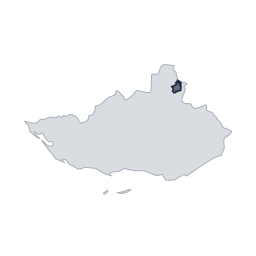 location of Nacaome, Valle, Honduras, rotated 189°
{"feature_id": "27666195B51489907150139", "entity_name": "Nacaome", "entity_type": "district", "adm_level": 2, "iso_a3": "HND", "parent_name": "Honduras", "parent_adm1": "Valle", "projection": "natural_earth1", "projection_center": [-87.534, 13.506], "detail": "fine", "context": "in_parent", "style": "filled", "palette": "slate", "viewbox_px": 256, "rotation_deg": 189, "n_neighbors": 0, "source": "geoboundaries", "source_scale": "gbopen_adm2", "svg_char_len": 5219}
<svg xmlns="http://www.w3.org/2000/svg" viewBox="0 0 256 256"><g transform="rotate(189 128 128)"><path d="M231.1,118.4L222.6,117.8L218.5,119.0L216.8,121.8L215.3,123.0L214.0,122.7L211.4,123.8L207.6,126.2L204.1,127.1L201.0,126.5L200.1,127.1L199.8,127.9L199.4,128.6L198.2,129.0L196.8,128.8L195.2,128.0L194.4,128.3L194.3,129.9L193.5,130.3L191.9,129.6L190.1,130.2L188.1,132.0L185.3,132.4L181.7,131.4L178.9,129.3L176.9,126.3L174.6,125.6L170.4,127.8L168.7,130.4L168.3,132.0L168.7,133.4L168.0,134.4L166.1,134.9L164.6,136.7L163.6,139.7L163.4,142.1L164.0,143.7L163.1,145.0L160.5,145.7L157.6,148.4L154.1,152.9L150.7,156.0L147.3,157.8L145.7,159.8L145.8,161.9L145.6,162.6L145.0,162.9L143.8,163.2L137.3,158.4L135.4,155.2L133.8,155.7L131.7,157.3L128.8,161.0L125.7,166.1L124.2,166.6L116.4,165.9L112.3,166.3L111.5,167.0L111.1,168.8L111.3,171.3L112.5,180.2L113.1,183.9L112.5,185.0L110.4,185.2L107.7,185.7L106.2,187.4L105.8,189.1L105.7,191.5L104.8,194.0L103.2,195.8L101.5,196.4L92.2,196.9L92.4,192.8L89.7,191.1L88.2,187.7L86.9,185.4L87.3,184.0L87.2,182.3L83.4,181.0L79.9,182.0L77.8,181.4L76.4,180.5L78.9,178.5L79.1,177.2L78.3,176.4L77.4,175.8L77.7,173.5L78.2,170.7L79.6,164.4L79.1,163.3L76.8,161.4L73.8,161.2L70.5,161.8L68.9,160.8L67.5,158.6L65.2,157.6L61.0,159.3L56.6,162.0L55.2,162.9L54.1,162.8L53.6,160.8L53.4,158.5L53.1,157.9L50.8,157.1L48.0,156.5L46.6,155.9L45.3,154.3L42.0,152.2L41.3,150.7L36.9,147.3L36.0,145.5L35.0,144.3L32.9,142.7L31.3,143.1L25.7,141.1L24.9,140.9L25.6,139.2L27.4,136.5L31.2,133.5L31.5,131.0L30.6,126.4L29.6,123.4L30.1,122.0L31.3,116.6L32.2,115.3L37.8,112.6L38.3,112.2L42.6,108.4L47.5,104.1L52.5,99.4L58.1,94.1L61.2,91.1L62.6,89.7L65.9,90.8L68.4,88.3L69.9,87.5L73.3,84.5L74.4,83.9L80.1,82.7L82.9,82.7L85.3,85.7L87.2,87.4L90.9,85.9L93.9,85.6L106.5,88.4L111.5,87.2L120.6,86.9L124.8,87.6L130.6,83.6L134.3,82.9L138.7,81.0L138.1,79.1L137.1,78.2L143.8,79.1L153.7,83.1L164.4,82.4L168.2,80.2L170.7,79.6L181.5,83.7L184.4,86.9L186.7,87.2L188.4,86.5L188.9,85.8L186.7,85.1L185.7,84.1L194.3,86.1L210.5,101.1L210.9,102.3L204.0,97.9L200.3,98.2L199.4,99.0L199.6,101.4L199.9,102.5L201.5,102.7L202.6,102.0L205.5,102.8L207.4,104.4L209.7,106.9L211.1,109.6L212.5,109.6L214.0,108.0L216.7,107.8L218.5,109.6L219.8,109.5L218.0,106.7L213.8,103.9L214.8,103.8L224.1,108.8L226.7,115.1L228.9,116.5L231.1,118.4ZM122.6,64.4L117.3,67.5L115.7,67.4L118.1,65.1L122.0,63.0L125.4,62.0L128.1,62.5L122.6,64.4ZM140.8,61.2L138.3,63.4L137.9,62.4L139.1,60.3L140.6,59.1L142.1,59.3L141.7,60.2L140.8,61.2Z" fill="#d9dde1" stroke="#a8b0b8" stroke-width="1"/><path d="M88.2,170.0L87.9,170.0L87.7,170.0L86.8,170.4L86.6,170.5L86.4,171.8L86.3,171.7L86.2,171.7L86.1,171.8L85.9,171.9L85.9,172.0L85.7,172.0L85.6,171.9L85.5,171.6L85.2,171.6L84.6,171.9L83.6,173.1L82.9,172.9L82.2,173.1L81.8,173.4L82.0,173.7L82.0,173.9L81.9,173.9L82.0,175.2L82.1,175.4L82.1,175.5L82.3,175.6L82.2,175.8L82.1,176.0L82.3,176.5L82.2,176.7L82.1,176.9L82.1,177.0L82.1,177.5L82.3,177.9L82.5,178.0L82.5,177.9L82.8,177.9L82.8,178.0L83.1,178.2L83.5,178.1L83.5,178.3L83.3,178.3L83.2,178.5L82.9,178.6L82.8,178.8L82.7,179.0L82.8,179.1L82.9,179.3L82.9,179.6L83.1,179.7L82.9,179.8L82.6,179.7L82.5,179.8L82.5,180.0L83.1,180.2L83.2,180.4L83.3,180.4L83.2,180.1L83.2,179.8L83.2,179.7L83.3,180.1L83.5,180.3L83.4,180.5L83.5,180.6L83.4,180.6L83.5,180.7L83.2,180.8L83.1,181.0L82.9,181.2L82.9,181.3L82.9,181.5L83.0,181.5L83.3,181.2L83.5,181.1L83.8,181.0L84.1,181.1L84.0,180.8L84.1,180.7L84.3,180.7L84.3,180.8L84.3,180.7L84.4,180.8L84.5,180.9L84.4,180.8L84.5,180.8L84.4,180.8L84.4,180.7L84.3,180.8L84.2,180.8L84.3,180.7L84.2,180.7L84.0,180.8L84.2,181.0L83.9,181.2L83.7,181.2L83.9,181.3L84.2,181.3L84.2,181.2L84.4,181.1L84.2,181.1L84.2,181.3L84.3,181.4L84.5,181.3L84.5,181.1L84.5,181.3L84.6,181.2L84.6,181.3L84.6,181.2L84.6,181.3L84.6,181.5L84.6,181.4L84.7,181.5L84.8,181.6L84.8,181.4L84.9,181.5L84.6,181.4L84.5,181.5L84.4,181.6L84.5,181.7L84.8,181.7L84.7,181.7L84.7,181.8L84.8,181.8L84.8,181.7L84.8,181.8L85.2,181.6L85.1,181.8L84.9,182.1L85.1,182.1L84.9,182.2L85.1,182.4L85.3,182.4L85.5,182.3L85.6,182.2L85.7,182.3L85.7,182.2L85.8,182.2L85.8,182.3L85.7,182.3L85.4,182.4L85.6,182.5L85.8,182.6L86.0,182.6L86.2,182.4L86.2,182.2L86.2,182.3L86.1,182.2L85.9,181.9L86.0,181.9L86.0,182.0L86.0,181.9L86.0,182.0L86.3,182.0L86.2,182.1L86.3,182.2L86.6,182.0L86.8,181.9L86.8,181.7L86.7,181.6L86.5,181.8L86.5,181.7L86.4,181.7L86.5,181.6L86.4,181.4L86.5,181.2L86.4,181.2L86.5,181.2L86.8,181.0L86.9,180.9L87.0,180.9L87.0,181.0L87.0,180.9L87.1,180.7L87.4,180.6L87.5,180.5L87.4,180.5L87.2,180.4L87.3,180.2L87.5,180.2L87.4,179.9L87.5,179.9L87.4,179.8L87.3,179.5L87.3,179.4L87.2,179.4L87.0,179.2L86.9,179.1L86.9,178.9L87.0,178.8L87.0,178.7L87.1,178.4L87.3,178.3L87.4,178.2L87.5,178.2L87.9,178.0L87.9,177.9L88.0,177.9L88.3,177.6L88.5,177.7L88.7,177.4L88.8,177.2L88.9,176.8L89.1,176.6L89.0,176.4L89.1,176.2L89.2,175.9L89.3,175.8L89.6,175.9L90.0,176.0L90.2,176.3L90.5,176.4L90.5,176.2L90.8,176.1L91.3,175.6L91.0,175.4L90.9,175.4L90.6,175.2L90.4,175.2L90.2,174.9L89.8,174.0L89.6,173.7L89.8,173.5L89.8,173.4L89.7,173.3L89.6,173.2L89.4,173.1L89.2,173.1L89.2,172.9L89.4,172.6L89.6,171.7L89.8,171.4L89.4,171.1L89.3,170.9L89.2,170.9L88.7,170.6L88.3,170.4L88.2,170.2L88.2,170.0Z" fill="#64748b" stroke="#1e293b" stroke-width="1.5"/></g></svg>